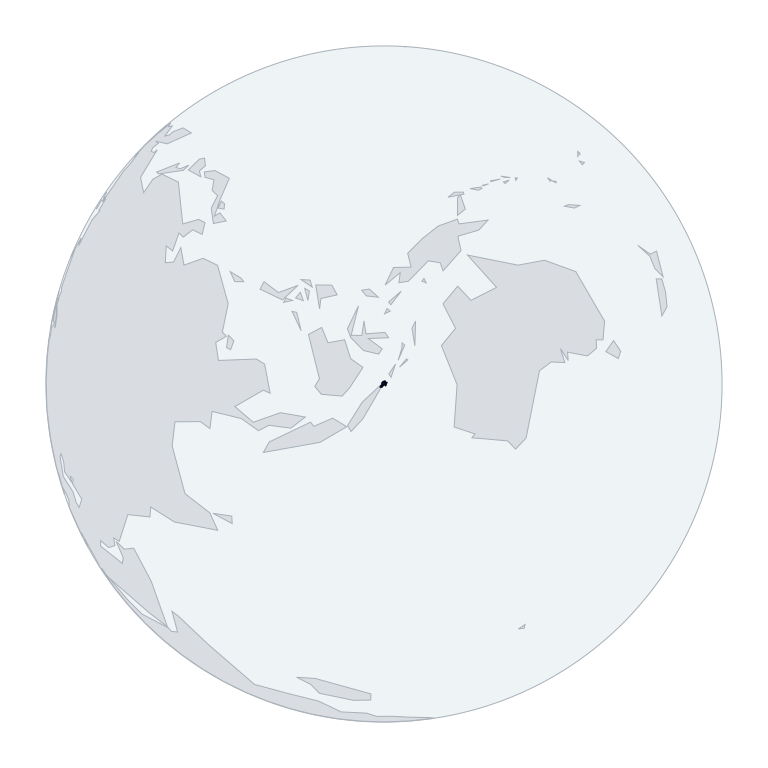 the Earth from above Bali, rotated 296°
{"feature_id": "IDN-1232", "entity_name": "Bali", "entity_type": "Province", "adm_level": 1, "iso_a3": "IDN", "parent_name": "Indonesia", "parent_adm1": "", "projection": "orthographic", "projection_center": [115.184, -8.453], "detail": "fine", "context": "on_globe", "style": "filled", "palette": "ink", "viewbox_px": 768, "rotation_deg": 296, "n_neighbors": 0, "source": "natural_earth", "source_scale": "10m", "svg_char_len": 7526}
<svg xmlns="http://www.w3.org/2000/svg" viewBox="0 0 768 768"><g transform="rotate(296 384 384)"><circle cx="384" cy="384" r="338" fill="#eef3f6" stroke="#a8b0b8"/><path d="M677.9,456.2L677.4,458.7L677.1,459.0L677.9,456.2ZM696.5,255.7L696.0,254.4L695.9,254.0L696.5,255.7ZM521.6,75.3L509.1,70.2L513.3,72.2L493.8,64.4L509.6,70.3L521.6,75.3ZM95.2,208.5L97.5,205.7L117.9,176.9L114.8,179.7L134.3,156.3L135.6,154.9L141.3,151.9L145.4,147.3L150.8,139.7L161.4,130.4L153.8,136.6L150.0,140.4L145.2,144.9L145.8,144.3L166.7,125.2L189.1,108.0L212.8,92.6L237.8,79.4L263.8,68.2L259.2,70.0L276.9,63.7L281.3,63.0L285.6,61.6L289.1,60.3L292.3,61.2L295.4,60.2L295.5,59.4L301.7,57.2L314.0,54.1L314.4,54.5L310.1,55.7L301.6,59.5L289.9,63.5L291.3,63.5L301.6,60.2L311.9,55.4L319.2,53.5L315.6,55.2L317.4,54.4L321.2,53.6L325.3,53.6L329.9,51.8L370.5,47.0L382.5,47.8L374.7,48.9L403.5,49.6L414.8,52.7L414.9,51.6L428.8,52.7L425.5,51.7L426.6,51.4L460.7,56.5L469.0,58.9L483.8,62.1L483.9,61.9L478.5,60.1L493.8,64.4L513.3,72.2L512.2,72.1L525.2,77.9L520.8,77.5L523.1,80.6L510.8,78.3L513.7,81.9L518.5,83.9L526.1,91.2L525.2,100.8L504.8,83.8L502.1,72.4L501.4,75.7L495.3,72.6L491.1,72.7L491.2,75.8L495.1,77.5L463.0,74.6L450.6,84.1L466.7,86.5L475.3,92.5L475.3,110.7L439.6,132.9L450.7,145.3L450.5,152.4L438.7,155.0L438.7,144.4L428.0,139.2L429.9,133.5L410.9,135.7L412.7,127.7L397.1,134.3L401.4,141.4L417.5,141.6L403.2,152.1L417.7,166.4L417.7,182.4L387.8,208.8L359.9,215.9L357.8,221.4L347.6,214.5L332.6,224.9L350.5,258.3L349.5,268.0L325.8,285.7L325.6,278.3L298.4,259.8L292.3,283.2L312.8,303.5L319.8,327.7L303.5,319.7L296.5,298.7L287.0,291.6L290.4,271.0L284.0,241.5L267.6,247.1L269.7,235.4L258.4,212.7L235.4,220.8L198.2,253.2L191.8,284.0L179.6,298.7L168.1,256.2L171.2,228.2L161.9,231.9L154.3,211.0L126.5,215.0L127.1,208.5L120.8,213.0L116.3,208.3L119.0,198.0L114.1,200.3L108.0,227.6L113.8,225.5L125.0,212.4L121.7,223.0L126.7,231.0L104.7,261.2L70.9,295.7L75.4,273.3L89.8,219.6L93.7,212.8L94.1,212.1L94.8,210.9L88.1,222.2L93.3,212.2L77.2,249.5L71.1,267.3L70.3,297.2L68.5,301.4L70.6,307.2L86.8,293.1L85.2,301.0L72.8,340.4L57.2,399.3L63.8,433.6L70.3,464.4L70.5,489.3L80.5,512.5L82.1,523.3L88.9,536.9L95.8,553.2L103.7,570.2L105.7,575.7L92.7,555.2L81.1,533.9L71.2,511.8L62.8,489.0L56.1,465.7L51.1,441.9L47.8,417.9L46.2,393.6L46.4,369.4L48.3,345.2L52.0,321.2L57.3,297.5L64.4,274.3L73.1,251.6L83.4,229.7L95.2,208.5ZM139.4,164.1L148.0,162.9L157.8,147.8L162.0,146.4L163.8,142.2L158.5,146.8L165.0,135.5L173.7,130.2L179.7,124.3L177.1,124.5L160.2,136.3L150.7,151.9L142.9,158.9L139.4,164.1ZM113.2,182.5L108.3,188.8L109.6,186.8L111.0,185.0L113.2,182.5ZM222.7,612.1L229.7,616.2L225.9,617.1L222.7,612.1ZM89.2,451.3L99.7,508.1L94.1,510.6L86.3,495.2L77.7,461.6L81.9,449.8L82.1,434.0L89.2,451.3ZM406.0,390.6L416.4,393.2L416.1,394.8L406.0,390.6ZM395.1,384.0L407.0,385.6L393.1,387.4L395.1,384.0ZM411.6,386.3L423.7,384.4L428.9,382.3L428.0,385.6L411.6,386.3ZM387.0,383.5L343.7,380.3L326.8,375.3L330.7,369.5L358.1,372.4L387.0,383.5ZM329.3,369.3L303.6,352.1L269.6,305.6L281.7,306.3L317.5,334.7L315.2,339.5L330.8,352.9L329.3,369.3ZM392.1,343.0L389.7,357.8L365.7,354.8L354.8,351.7L347.3,332.2L351.5,322.9L360.4,323.7L395.4,294.4L407.5,303.2L396.5,315.6L406.5,329.2L392.1,343.0ZM192.8,286.9L198.5,305.1L192.0,308.7L192.8,286.9ZM410.1,274.1L395.6,286.2L409.0,269.5L410.1,274.1ZM418.3,258.3L419.0,265.1L413.4,258.0L418.3,258.3ZM357.0,230.1L347.6,231.1L347.6,226.6L359.7,222.7L357.0,230.1ZM417.6,196.5L416.5,209.0L414.4,213.1L410.6,205.0L417.6,196.5ZM315.8,53.0L325.2,51.3L307.6,54.8L295.6,57.9L289.7,59.7L290.4,59.3L315.8,53.0ZM364.8,47.1L369.8,46.6L372.7,46.6L372.0,46.8L364.8,47.1ZM367.2,46.5L368.5,46.5L364.3,46.9L360.9,46.9L365.1,46.6L367.2,46.5ZM597.8,582.6L600.2,587.6L590.4,596.5L577.6,604.5L567.0,603.9L597.8,582.6ZM509.6,583.4L510.4,569.2L523.6,571.3L517.2,582.4L509.6,583.4ZM606.6,576.7L615.4,566.9L619.9,551.3L617.4,566.4L622.9,570.7L602.7,587.8L606.6,576.7ZM464.1,517.9L397.7,535.4L383.2,530.8L387.1,520.1L374.2,486.6L379.0,487.6L376.1,465.9L415.4,450.0L443.7,418.8L465.4,423.9L481.9,401.9L504.2,407.4L497.3,425.5L520.2,442.8L536.5,402.5L549.6,452.4L565.6,474.0L569.1,507.1L537.2,554.7L519.7,561.5L516.7,555.3L509.3,559.4L498.4,554.5L493.1,535.0L485.8,539.3L493.2,527.1L482.5,537.1L477.1,524.6L464.1,517.9ZM622.9,468.2L625.9,470.8L630.4,481.7L625.6,478.0L622.9,468.2ZM670.0,461.9L671.0,467.0L668.0,466.2L670.0,461.9ZM677.1,459.0L673.5,458.4L677.9,456.2L677.1,459.0ZM640.2,446.1L641.6,449.8L640.3,450.4L640.2,446.1ZM639.0,444.6L641.0,440.5L640.6,445.3L639.0,444.6ZM624.8,413.2L626.8,411.5L627.6,413.6L624.8,413.2ZM431.9,395.0L446.4,384.7L454.4,384.8L431.9,395.0ZM622.1,407.1L617.3,405.0L617.9,402.7L622.1,407.1ZM622.5,401.5L622.1,397.9L624.9,407.0L622.5,401.5ZM613.3,390.7L619.2,398.7L612.6,391.2L613.3,390.7ZM609.8,390.3L605.5,386.3L605.8,385.4L609.8,390.3ZM560.8,381.2L576.9,405.6L563.9,401.7L549.2,385.6L537.7,394.7L511.6,387.5L517.6,381.4L514.1,369.8L487.0,360.8L481.6,353.0L491.2,349.8L473.4,341.6L492.9,341.5L500.9,357.1L511.9,348.0L531.0,354.5L549.5,363.3L564.4,377.7L560.8,381.2ZM493.0,373.0L496.4,373.6L493.4,377.5L493.0,373.0ZM597.3,375.7L603.5,384.7L602.8,386.3L599.7,384.2L597.3,375.7ZM567.8,376.1L583.8,368.4L587.5,369.7L576.9,380.4L567.8,376.1ZM579.9,359.6L587.3,363.3L591.2,371.2L589.7,372.6L579.9,359.6ZM453.1,353.7L452.3,357.6L447.3,353.8L453.1,353.7ZM459.6,352.2L475.0,358.8L458.2,355.4L459.6,352.2ZM413.4,333.1L417.9,342.8L431.9,338.4L421.2,345.8L430.8,362.3L427.6,367.8L418.0,350.0L414.8,367.0L408.5,366.0L405.1,350.8L411.3,333.6L417.6,326.9L443.0,326.8L413.4,333.1ZM459.5,340.8L455.5,329.6L458.5,322.9L462.9,329.1L459.5,340.8ZM443.6,302.8L433.1,289.8L423.3,293.2L443.1,279.2L450.0,293.8L443.6,302.8ZM434.9,276.1L425.7,279.0L435.2,270.8L434.9,276.1ZM423.5,274.9L422.6,266.8L429.7,268.7L423.5,274.9ZM439.6,277.0L441.5,263.7L445.0,272.0L439.6,277.0ZM419.9,249.1L435.0,263.5L415.1,255.9L414.9,231.0L423.4,231.3L419.9,249.1ZM471.1,163.6L469.3,157.6L477.1,157.6L476.1,161.7L471.1,163.6ZM501.1,154.8L478.7,155.8L460.4,158.0L465.9,161.4L461.4,170.7L453.4,160.3L466.5,151.6L480.3,151.9L482.7,144.7L493.0,141.6L491.3,132.4L495.9,129.6L501.7,138.4L501.1,154.8ZM489.9,128.5L490.6,114.3L505.2,119.5L508.4,123.7L501.9,127.8L494.6,124.7L489.9,128.5ZM495.1,112.7L488.0,109.9L474.1,89.4L474.8,86.7L493.1,103.4L487.4,102.0L488.2,106.5L495.1,112.7ZM484.0,61.2L482.0,60.6L481.6,60.5L484.0,61.2ZM424.4,50.8L426.5,50.6L430.5,51.4L424.4,50.8ZM434.4,50.8L428.5,50.0L434.6,50.6L434.4,50.8ZM415.2,48.6L426.0,49.6L415.9,49.0L415.2,48.6Z" fill="#d9dde1" stroke="#a8b0b8" stroke-width="1"/><path d="M386.5,383.0L387.0,383.4L387.1,383.5L387.0,383.8L386.8,384.0L386.7,384.1L386.5,384.3L386.0,384.3L385.9,384.5L385.1,384.8L384.8,385.0L384.6,385.2L384.5,385.4L384.4,385.5L384.2,385.6L384.1,385.9L384.2,386.0L384.3,385.9L384.2,385.9L384.3,385.8L384.3,386.2L384.2,386.3L383.8,386.3L383.7,386.3L383.5,386.2L383.9,385.9L384.0,385.7L383.9,385.4L383.8,385.2L383.7,385.2L383.4,384.9L383.3,384.7L383.1,384.6L382.7,384.2L381.7,383.7L380.8,383.7L380.6,383.6L380.4,383.5L380.3,383.3L379.8,382.6L379.7,382.0L379.7,381.9L379.9,381.9L380.0,381.9L380.2,382.0L380.3,382.1L380.6,382.0L380.8,382.1L381.0,382.1L382.1,382.5L382.3,382.4L382.8,382.4L383.1,382.3L383.3,382.2L383.7,381.8L383.9,381.7L384.1,381.7L384.3,381.7L384.4,381.8L384.5,381.9L384.9,381.9L385.9,382.3L386.1,382.5L386.5,383.0ZM386.1,385.3L386.3,385.3L386.4,385.6L386.5,385.7L386.6,385.9L386.5,386.0L386.4,386.1L386.2,386.0L385.9,385.8L385.8,385.7L385.7,385.7L385.9,385.3L386.0,385.3L386.1,385.3Z" fill="#0f172a" stroke="#020617" stroke-width="1.5"/></g></svg>